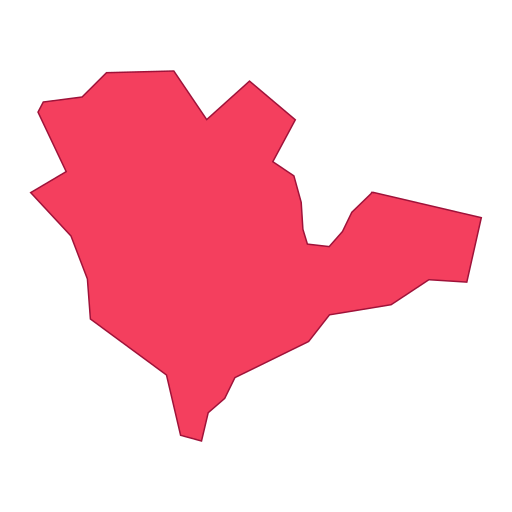 outline of Belfast
{"feature_id": "GBR-2082", "entity_name": "Belfast", "entity_type": "District", "adm_level": 1, "iso_a3": "GBR", "parent_name": "United Kingdom", "parent_adm1": "", "projection": "mercator", "projection_center": [-5.941, 54.602], "detail": "fine", "context": "isolated", "style": "filled", "palette": "rose", "viewbox_px": 512, "rotation_deg": 0, "n_neighbors": 0, "source": "natural_earth", "source_scale": "10m", "svg_char_len": 576}
<svg xmlns="http://www.w3.org/2000/svg" viewBox="0 0 512 512"><path d="M295.3,119.8L272.8,161.7L293.9,175.9L301.2,202.4L302.9,229.3L307.4,244.1L329.2,246.6L342.5,231.5L351.8,212.3L370.9,193.8L371.9,192.3L373.2,192.7L373.3,192.4L481.3,217.7L466.8,282.1L428.9,279.7L391.1,304.7L329.5,314.8L308.6,341.5L234.9,377.6L224.7,398.4L208.2,412.7L201.5,441.0L180.6,435.3L166.5,375.0L90.4,319.0L87.4,278.9L71.0,236.0L30.7,192.6L66.2,171.6L38.0,112.1L43.3,102.0L82.1,97.0L106.5,72.7L173.8,71.0L206.7,119.6L249.5,81.1L295.3,119.8Z" fill="#f43f5e" stroke="#9f1239" stroke-width="1.5"/></svg>